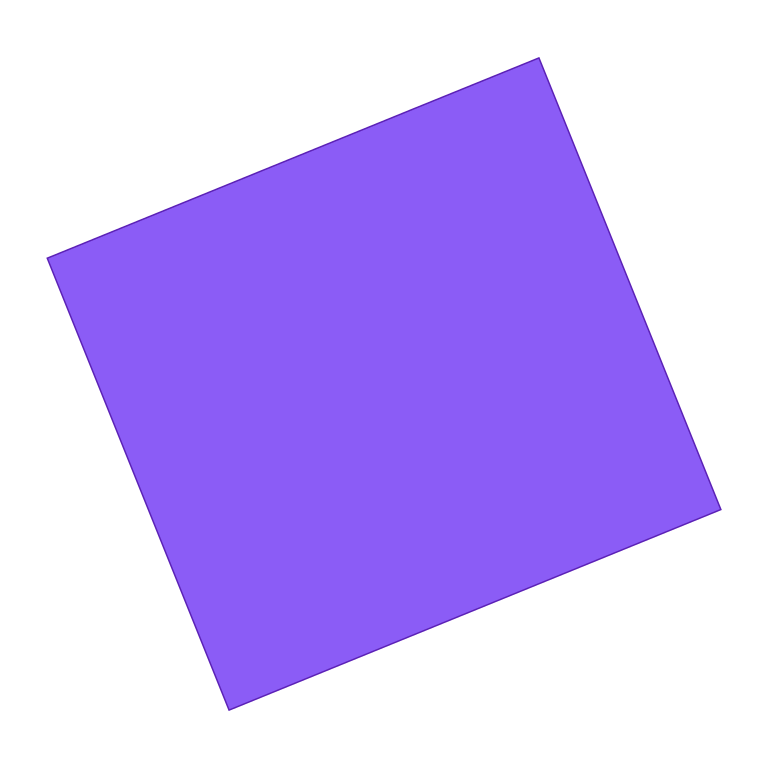 outline of Pierce, Nebraska, United States of America, rotated 338°
{"feature_id": "52423323B66217653244745", "entity_name": "Pierce", "entity_type": "district", "adm_level": 2, "iso_a3": "USA", "parent_name": "United States of America", "parent_adm1": "Nebraska", "projection": "robinson", "projection_center": [-97.585, 42.264], "detail": "fine", "context": "isolated", "style": "filled", "palette": "violet", "viewbox_px": 768, "rotation_deg": 338, "n_neighbors": 0, "source": "geoboundaries", "source_scale": "gbopen_adm2", "svg_char_len": 255}
<svg xmlns="http://www.w3.org/2000/svg" viewBox="0 0 768 768"><g transform="rotate(338 384 384)"><path d="M118.9,141.2L118.2,628.3L649.3,626.6L649.7,261.4L649.8,139.7L515.9,140.0L118.9,141.2Z" fill="#8b5cf6" stroke="#5b21b6" stroke-width="1.5"/></g></svg>